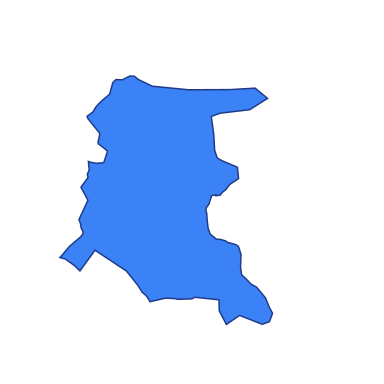 Nguru, Yobe, Nigeria, rotated 27°
{"feature_id": "59680162B38485988708032", "entity_name": "Nguru", "entity_type": "district", "adm_level": 2, "iso_a3": "NGA", "parent_name": "Nigeria", "parent_adm1": "Yobe", "projection": "albers", "projection_center": [10.371, 12.983], "detail": "fine", "context": "isolated", "style": "filled", "palette": "blue", "viewbox_px": 384, "rotation_deg": 27, "n_neighbors": 0, "source": "geoboundaries", "source_scale": "gbopen_adm2", "svg_char_len": 1851}
<svg xmlns="http://www.w3.org/2000/svg" viewBox="0 0 384 384"><g transform="rotate(27 192 192)"><path d="M65.7,173.7L65.8,173.8L66.2,174.0L66.6,174.2L67.4,174.5L68.6,175.1L69.6,175.5L70.9,176.1L80.7,180.5L83.3,181.7L84.8,186.7L85.6,190.4L86.8,191.6L96.3,193.4L97.9,194.1L98.3,194.5L98.6,196.5L100.0,205.2L99.2,206.7L96.4,208.1L95.0,209.3L92.8,210.1L88.3,211.5L85.8,211.8L90.3,218.9L90.6,221.3L90.5,223.1L91.3,224.6L92.8,226.3L91.1,236.4L91.0,237.2L91.0,237.4L91.0,237.5L91.1,237.4L91.2,237.5L91.2,237.8L91.2,238.0L91.3,238.2L91.6,238.6L103.0,246.6L103.8,267.9L107.0,270.8L109.5,274.3L112.3,276.4L113.8,278.1L113.3,282.1L107.5,296.2L104.1,310.4L109.4,309.2L120.9,311.0L128.0,313.2L132.0,287.9L169.5,292.2L181.2,297.5L186.1,299.7L189.2,301.6L190.6,302.3L192.9,303.9L196.3,304.7L199.0,305.5L201.2,306.9L202.4,307.3L203.8,308.4L204.4,308.8L216.0,299.1L217.8,298.0L225.3,294.7L227.8,294.2L240.5,287.2L242.1,284.6L265.0,275.8L270.2,285.5L282.8,294.4L290.3,280.4L314.6,278.0L319.9,272.4L318.8,263.5L313.3,259.7L305.4,252.9L292.8,247.5L286.1,247.2L279.5,244.8L273.8,243.2L269.5,237.2L264.0,225.4L258.2,219.5L255.3,219.0L252.4,219.5L249.7,220.0L247.2,220.7L243.8,220.4L241.7,220.8L239.3,221.2L237.0,222.1L234.8,223.0L232.5,222.3L229.7,221.8L227.3,221.2L225.0,219.0L222.8,217.0L218.5,210.5L214.6,204.0L213.4,202.9L211.9,200.1L212.6,194.8L211.8,190.9L211.7,188.9L210.9,186.7L214.4,183.6L215.0,184.5L218.7,181.8L219.0,179.1L221.1,174.3L222.2,168.2L227.4,158.9L221.2,149.3L204.6,150.5L199.1,150.3L193.2,144.5L185.5,131.2L174.9,115.9L181.2,109.1L206.0,92.5L216.8,74.3L201.1,70.8L179.6,83.4L142.5,102.5L108.5,115.8L92.9,116.1L88.2,115.0L83.8,117.0L79.0,123.7L73.2,126.3L71.8,130.6L74.2,142.3L70.4,151.3L68.9,155.7L67.7,160.2L67.4,165.7L64.1,172.1L64.7,172.7L65.0,172.9L65.2,173.3L65.5,173.6L65.7,173.7Z" fill="#3b82f6" stroke="#1e3a8a" stroke-width="1.5"/></g></svg>